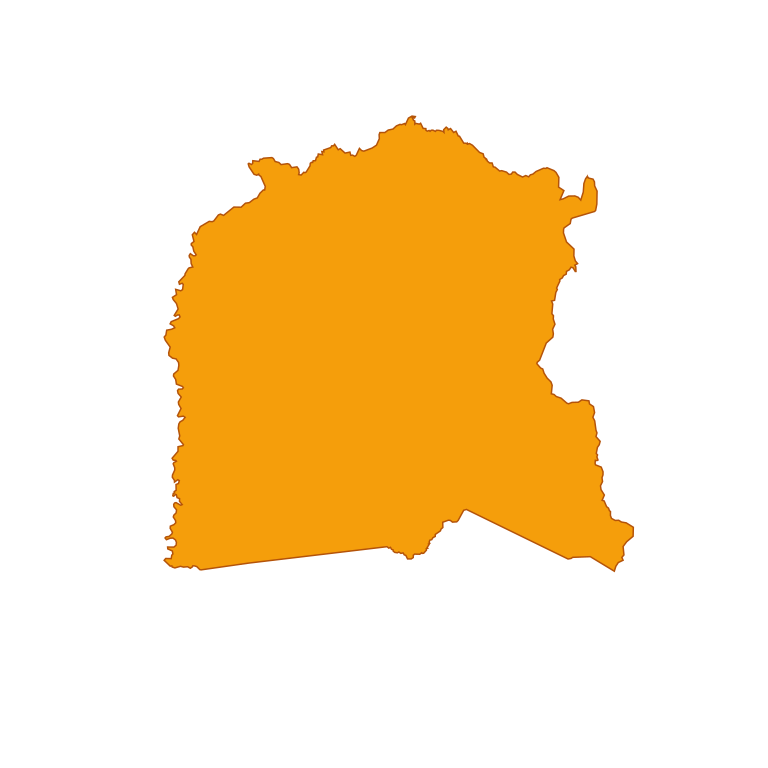 Lumezi, Eastern, Zambia (orthographic projection), rotated 340°
{"feature_id": "96606910B53587891275683", "entity_name": "Lumezi", "entity_type": "district", "adm_level": 2, "iso_a3": "ZMB", "parent_name": "Zambia", "parent_adm1": "Eastern", "projection": "orthographic", "projection_center": [32.613, -12.696], "detail": "fine", "context": "isolated", "style": "filled", "palette": "amber", "viewbox_px": 768, "rotation_deg": 340, "n_neighbors": 0, "source": "geoboundaries", "source_scale": "gbopen_adm2", "svg_char_len": 6171}
<svg xmlns="http://www.w3.org/2000/svg" viewBox="0 0 768 768"><g transform="rotate(340 384 384)"><path d="M254.9,178.2L254.2,185.1L251.0,186.1L250.4,187.4L251.3,189.7L250.7,194.1L251.7,198.4L250.2,198.9L248.7,198.3L246.6,195.3L244.9,196.6L244.5,198.1L245.2,200.8L244.0,204.8L244.3,208.7L240.6,208.2L239.4,208.7L234.8,212.4L234.0,213.9L226.1,217.8L225.9,220.3L228.8,220.3L229.4,221.8L227.0,226.4L224.9,226.9L220.6,223.8L219.6,229.1L214.8,230.2L214.8,232.5L216.5,237.4L216.2,243.1L210.3,247.8L211.1,249.0L213.6,248.5L215.2,249.1L215.3,251.2L213.3,252.3L205.4,252.6L203.6,254.3L206.2,257.4L206.6,259.6L203.1,259.9L198.2,259.1L195.8,263.4L193.5,264.7L193.5,268.2L195.7,276.2L192.3,281.1L191.7,283.6L194.1,287.4L197.2,289.3L198.3,293.5L197.6,296.3L195.1,300.7L189.8,302.7L188.9,304.5L189.8,308.5L188.9,313.1L193.8,317.4L194.2,318.9L192.7,319.7L189.2,318.6L187.7,319.6L187.3,322.4L189.0,326.9L184.6,330.6L184.1,332.9L184.9,337.6L179.1,343.1L179.7,344.6L184.5,345.6L185.7,347.3L182.5,349.3L179.4,349.8L177.5,351.4L175.5,355.2L174.3,362.9L172.4,365.5L174.8,372.4L174.0,373.1L169.0,372.5L167.4,376.8L159.5,381.3L159.9,383.4L162.2,384.6L162.5,385.6L159.7,386.0L158.6,386.9L158.7,391.1L157.9,393.3L154.1,397.2L153.2,399.2L154.1,402.9L153.6,404.5L157.5,403.4L158.6,404.8L156.8,407.2L154.2,407.3L152.3,412.8L150.1,413.3L149.9,414.7L148.6,414.7L147.3,416.8L148.0,417.5L150.3,416.5L151.0,417.0L150.7,420.0L152.7,421.8L151.7,424.3L153.1,428.3L151.5,428.4L148.0,424.3L146.5,424.2L145.2,425.2L144.6,427.5L146.0,431.3L144.6,434.0L141.6,435.4L140.5,436.9L141.4,441.1L140.8,443.2L138.5,444.3L134.6,444.5L133.7,446.5L134.5,450.9L133.3,452.4L129.9,453.7L126.9,453.1L125.6,453.8L126.3,455.9L130.4,455.8L133.0,456.6L134.7,459.2L134.8,461.8L133.5,464.4L130.8,465.4L124.9,463.2L124.4,465.0L128.0,468.5L127.5,471.5L126.0,472.3L124.3,475.3L119.2,473.3L117.1,474.5L120.8,482.0L122.4,482.4L122.3,483.5L124.6,485.3L130.4,485.7L133.0,487.5L136.9,488.5L139.0,490.9L141.4,490.3L142.1,489.5L143.4,489.9L145.6,491.5L147.4,495.4L148.6,496.1L195.1,505.9L331.2,537.9L332.4,539.9L334.2,539.7L334.5,541.9L335.8,543.0L335.5,544.2L336.5,545.9L338.8,547.2L340.5,547.0L341.9,548.9L344.2,549.3L344.6,551.5L345.9,552.5L346.3,556.4L349.7,557.7L352.1,557.1L353.0,554.9L354.5,554.3L359.4,556.2L361.7,555.5L361.9,556.2L363.4,556.6L367.0,554.7L367.4,553.2L368.9,553.3L368.6,552.4L371.4,550.3L371.1,549.6L372.5,549.4L372.3,548.0L373.7,546.4L375.6,546.6L377.5,545.1L380.0,544.8L380.7,542.9L386.8,541.3L387.9,539.9L390.2,539.0L391.9,534.0L397.9,534.0L399.7,534.9L401.1,537.2L405.2,538.4L407.1,537.5L415.7,529.9L418.6,530.1L497.1,611.4L500.2,611.9L502.0,611.4L518.8,616.8L536.4,638.7L539.5,634.6L543.1,631.9L548.4,631.4L548.2,628.3L551.0,626.7L553.1,618.5L558.1,615.2L566.0,612.3L569.3,603.9L564.1,597.3L559.9,594.9L557.9,592.3L554.6,591.3L551.8,588.1L551.8,585.0L553.2,581.3L552.5,580.1L552.5,577.4L551.2,575.4L550.9,569.2L549.2,567.9L553.1,563.7L551.8,557.5L552.6,553.7L556.0,550.4L556.8,546.6L558.7,544.3L559.8,541.4L559.7,536.4L555.1,532.3L555.2,530.8L556.5,528.0L557.9,528.8L559.1,528.6L559.1,525.3L560.4,523.7L559.7,521.9L562.9,516.5L565.5,514.7L567.5,511.8L565.2,505.9L567.4,502.8L567.4,499.9L569.4,490.7L568.9,486.7L572.1,482.9L573.1,476.9L570.3,473.0L570.8,469.9L564.5,466.6L560.4,467.6L554.4,465.6L550.7,465.7L549.3,464.6L545.6,457.9L541.6,454.7L540.2,452.0L537.9,450.4L541.6,442.7L541.6,439.1L539.3,434.2L538.1,428.6L538.3,424.2L536.6,422.5L534.6,417.2L535.4,416.0L538.4,414.8L550.5,401.0L558.7,397.7L560.3,394.8L561.2,390.2L565.1,386.3L565.3,380.8L566.6,377.8L565.8,375.4L569.9,366.6L569.8,363.3L572.9,363.7L576.8,356.7L579.2,354.5L579.0,352.9L584.5,347.4L584.8,345.9L587.8,345.3L589.8,343.5L592.8,343.1L594.0,340.6L597.2,340.1L599.7,338.2L601.4,339.5L602.2,343.7L602.9,343.9L604.3,339.5L603.9,337.6L607.1,337.1L605.9,333.7L606.2,328.6L608.7,322.2L604.1,313.0L604.3,303.4L605.7,300.0L606.6,298.9L613.9,296.9L616.1,293.1L617.7,292.5L640.9,293.9L642.2,293.3L645.5,287.8L650.2,275.6L649.7,269.9L650.9,266.0L650.5,263.0L646.6,260.4L646.4,259.4L645.5,259.4L645.8,258.6L643.6,260.1L640.4,264.0L636.9,271.8L631.8,278.5L630.4,275.0L627.7,272.6L621.9,270.6L615.7,271.3L612.5,271.0L619.2,263.8L615.4,258.7L619.0,249.6L618.0,244.0L616.7,241.6L611.1,236.5L609.9,236.8L607.7,235.8L599.6,236.3L595.6,237.7L593.1,237.5L590.8,238.8L588.5,236.6L585.0,236.9L581.0,232.7L579.6,229.7L577.4,228.9L575.5,230.3L573.1,229.8L571.6,226.8L567.6,223.8L565.5,223.4L562.6,218.3L561.0,217.3L561.2,213.3L558.8,212.4L557.3,209.8L557.5,208.9L556.7,208.1L557.2,207.6L555.6,205.1L555.9,201.6L553.0,199.1L548.8,189.9L546.6,187.3L544.7,187.2L544.7,186.5L544.2,186.9L543.8,186.0L541.3,184.9L539.7,177.0L538.6,176.4L538.1,171.1L535.5,171.5L533.9,166.7L531.3,167.1L531.4,165.7L530.3,163.9L527.1,165.4L526.4,168.0L525.8,166.8L522.3,164.4L520.0,163.5L518.7,164.2L516.8,162.2L515.2,161.7L513.7,162.3L513.1,161.2L511.1,161.2L510.2,159.9L510.7,158.3L508.2,157.2L507.6,151.5L506.1,151.9L502.9,149.9L501.9,150.3L502.9,147.4L502.0,146.4L501.6,143.3L503.7,144.5L504.9,143.4L501.9,141.8L497.9,142.5L492.8,147.6L492.5,146.3L489.1,146.3L487.8,145.5L483.9,145.7L479.6,147.5L474.8,146.8L470.9,148.0L466.1,146.3L464.7,148.0L463.5,151.9L458.6,157.0L453.6,158.2L444.7,158.3L442.8,157.0L441.5,154.2L436.1,159.6L434.4,160.1L432.8,158.2L431.0,157.8L431.3,154.4L426.4,153.7L423.3,147.9L421.1,148.2L419.6,141.9L418.1,142.9L416.2,142.3L414.9,143.6L407.3,143.5L406.9,145.3L405.1,144.3L404.7,147.5L400.9,145.4L399.4,147.9L398.1,147.8L396.0,150.7L393.8,150.0L392.7,151.4L391.6,150.9L390.2,151.4L389.1,153.7L383.4,158.2L382.0,158.4L381.1,157.6L377.6,159.3L375.4,158.0L376.5,156.6L377.3,153.0L376.5,150.2L371.2,149.1L370.3,145.3L368.8,144.0L362.3,142.6L361.0,139.9L357.8,137.7L357.2,134.3L356.1,132.9L348.0,130.6L346.0,131.0L344.4,130.4L342.7,132.1L337.1,129.3L336.0,131.8L334.5,132.4L332.6,130.4L331.7,130.7L331.5,133.9L333.6,142.5L335.9,144.3L338.0,143.9L337.9,144.8L339.3,146.9L340.0,157.7L338.2,160.9L337.0,160.4L332.7,162.3L328.6,165.8L324.9,165.8L319.5,167.5L315.6,166.7L310.2,169.0L303.4,166.4L290.9,170.7L288.4,168.4L286.2,168.5L279.8,172.6L278.0,172.7L275.4,171.4L265.1,173.3L259.0,179.4L257.8,176.6L254.9,178.2Z" fill="#f59e0b" stroke="#b45309" stroke-width="1.5"/></g></svg>